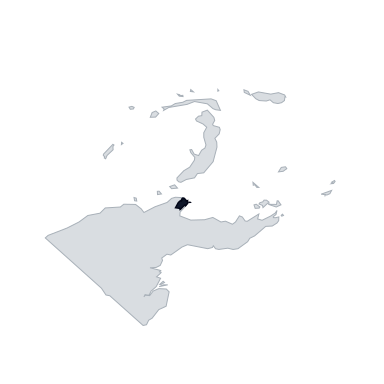 Finschafen District, Morobe, Papua New Guinea shown in context, rotated 312°
{"feature_id": "67681753B17639415447373", "entity_name": "Finschafen District", "entity_type": "district", "adm_level": 2, "iso_a3": "PNG", "parent_name": "Papua New Guinea", "parent_adm1": "Morobe", "projection": "robinson", "projection_center": [147.737, -6.551], "detail": "fine", "context": "in_parent", "style": "filled", "palette": "ink", "viewbox_px": 384, "rotation_deg": 312, "n_neighbors": 0, "source": "geoboundaries", "source_scale": "gbopen_adm2", "svg_char_len": 5417}
<svg xmlns="http://www.w3.org/2000/svg" viewBox="0 0 384 384"><g transform="rotate(312 192 192)"><path d="M60.1,245.0L59.9,200.3L57.9,197.0L59.9,189.1L59.7,113.7L63.5,114.1L81.7,123.3L94.1,128.1L104.8,130.3L114.7,137.8L122.1,138.2L132.9,148.8L137.3,149.5L145.0,158.4L145.5,165.5L144.6,170.0L156.3,174.4L167.6,180.5L173.6,181.1L177.0,183.2L181.2,188.4L182.0,195.4L179.6,196.7L169.1,196.6L166.1,198.9L170.3,209.9L179.8,219.9L187.0,224.5L189.1,233.6L192.7,236.4L195.1,243.6L198.8,244.4L206.0,243.2L207.1,246.2L206.0,250.8L207.1,252.6L220.4,256.4L215.9,258.8L217.9,263.0L226.6,266.5L232.0,267.9L235.2,267.5L231.4,269.5L228.1,268.9L227.4,269.6L228.8,271.3L231.6,273.2L228.7,275.6L225.8,275.9L220.4,274.4L215.8,269.8L201.3,267.9L196.3,265.9L192.3,266.6L180.6,264.1L176.8,261.0L174.2,256.2L167.3,250.4L165.6,247.5L166.3,243.8L164.4,244.3L160.4,241.6L149.8,223.9L144.4,221.4L131.0,218.4L129.0,215.0L122.7,213.7L121.4,215.9L116.2,217.5L111.9,215.8L107.6,211.5L112.7,221.3L110.9,221.2L111.7,222.8L110.8,223.0L105.2,222.4L106.9,226.4L97.7,228.7L90.8,227.9L87.5,228.9L86.2,228.8L84.4,225.8L81.9,226.4L84.0,226.4L86.7,229.9L92.4,229.4L98.0,232.0L102.7,237.8L102.5,241.8L89.8,249.2L82.4,246.0L71.6,246.8L67.7,245.6L62.9,247.0L60.1,245.0ZM252.7,146.1L255.3,148.2L258.0,146.0L263.1,148.6L262.1,158.3L260.4,161.0L256.1,162.0L255.6,163.4L258.4,169.1L257.2,171.2L253.4,173.3L247.2,173.1L245.6,177.0L242.1,180.5L228.7,187.4L214.1,187.9L209.3,183.7L204.2,184.4L197.5,179.4L191.8,177.3L190.7,175.4L190.8,172.9L192.4,171.4L202.5,171.7L208.9,173.7L217.3,172.5L219.6,170.9L220.5,164.7L221.9,162.2L223.3,163.3L221.6,168.2L223.5,172.5L229.5,171.2L233.3,172.2L236.3,170.9L240.5,164.2L243.9,161.1L250.0,159.6L249.9,154.6L247.8,147.8L248.6,145.8L252.7,146.1ZM326.1,195.9L325.3,198.1L324.9,197.4L321.8,199.5L318.3,198.8L315.2,196.6L312.8,192.7L312.7,188.3L309.3,186.3L304.9,180.7L304.0,177.0L304.4,170.9L310.8,174.4L317.4,185.0L323.7,189.8L326.1,195.9ZM276.0,148.9L271.7,158.5L269.0,154.6L268.0,151.8L267.8,144.4L260.9,133.3L253.8,129.7L239.3,118.2L233.6,116.3L235.0,115.8L235.0,113.0L242.1,119.0L246.6,120.4L252.5,125.1L256.5,126.7L274.0,143.9L276.0,148.9ZM160.8,100.9L174.5,101.3L174.7,102.6L172.9,102.8L170.6,105.1L162.4,104.4L158.9,105.6L158.6,104.0L159.9,103.5L159.7,101.8L160.8,100.9ZM229.5,249.6L232.0,251.2L234.2,251.0L235.8,252.9L236.0,256.0L235.1,256.7L234.5,255.8L227.9,255.2L229.2,253.4L227.9,249.8L229.5,249.6ZM228.1,114.8L223.3,114.8L219.6,111.0L224.4,109.2L228.0,110.9L228.1,114.8ZM239.3,263.1L242.4,261.2L243.1,261.9L242.0,266.7L237.2,264.6L233.9,256.9L239.3,263.1ZM264.8,242.8L270.0,241.9L272.6,244.0L273.3,244.7L272.8,246.8L268.4,245.9L264.8,242.8ZM276.8,289.4L286.6,294.7L283.0,295.6L279.9,294.2L279.5,292.9L278.3,293.3L278.9,292.4L276.8,289.4ZM185.2,178.6L180.8,174.6L181.1,171.8L185.7,174.3L185.2,178.6ZM226.3,252.5L225.0,252.7L222.1,249.9L223.9,246.7L225.9,247.9L226.3,252.5ZM302.9,170.6L301.0,164.2L302.7,162.2L304.3,166.3L302.9,170.6ZM170.1,170.6L167.0,168.1L169.3,165.8L170.6,167.0L170.1,170.6ZM216.2,92.4L214.5,92.9L212.2,90.8L212.9,88.4L215.4,90.0L216.2,92.4ZM150.1,154.7L148.3,157.0L147.1,155.2L149.1,152.6L150.1,154.7ZM240.0,230.8L240.1,238.6L238.8,237.1L239.4,233.9L238.0,233.0L240.0,230.8ZM103.9,232.9L106.8,236.1L99.7,230.9L103.9,232.9ZM106.4,232.1L102.5,230.8L101.7,229.8L106.3,230.3L106.4,232.1ZM295.9,290.2L295.6,291.3L293.0,291.5L291.3,289.9L293.0,290.3L292.7,289.2L295.9,290.2ZM267.3,122.5L267.4,126.1L265.6,123.5L267.3,122.5ZM257.7,120.5L256.9,121.5L255.1,119.0L255.5,118.5L257.7,120.5ZM236.1,274.1L235.8,275.7L234.1,274.9L234.3,273.9L236.1,274.1ZM256.1,117.8L254.7,118.2L255.0,115.7L256.1,117.8ZM181.8,106.4L182.0,108.2L180.0,107.8L181.8,106.4ZM285.5,142.6L285.2,144.2L284.2,143.7L285.5,142.6Z" fill="#d9dde1" stroke="#a8b0b8" stroke-width="1"/><path d="M181.3,189.2L181.2,189.2L181.1,189.3L181.1,189.2L180.9,189.2L180.7,189.2L180.4,189.2L180.2,189.1L179.9,189.1L179.7,189.1L179.6,189.3L179.5,189.5L179.3,189.6L179.2,189.5L178.9,189.6L178.9,189.8L178.7,189.7L178.6,189.8L178.5,189.7L178.4,189.7L178.2,189.6L178.1,189.8L178.0,189.7L177.9,189.7L177.7,189.3L177.2,189.1L175.1,188.9L174.6,189.0L169.3,190.3L171.5,193.6L171.4,193.7L171.4,193.8L171.3,194.0L171.3,194.3L171.4,194.5L171.5,194.6L171.4,194.7L171.5,194.7L171.5,194.8L171.5,195.0L177.2,195.2L177.3,196.4L177.5,196.4L177.8,196.4L178.0,196.3L178.3,196.3L178.5,196.4L178.7,196.2L178.8,196.1L179.0,196.2L179.1,196.3L179.3,196.3L179.5,196.3L179.9,196.3L180.0,196.3L180.3,196.4L180.4,196.2L180.5,196.2L180.8,196.1L181.0,196.1L181.3,196.0L181.4,195.9L181.5,195.9L181.6,195.7L181.8,195.4L182.0,195.3L182.1,195.2L182.2,194.9L182.3,194.8L182.2,194.8L182.2,194.7L182.3,194.5L182.2,194.4L182.2,194.2L181.9,194.0L181.7,194.1L181.5,193.9L181.8,193.7L182.0,193.7L182.0,193.4L182.0,193.2L182.0,193.3L182.0,193.5L181.9,193.5L181.9,193.3L181.9,193.2L181.7,192.9L181.7,192.7L181.7,192.4L181.8,192.4L181.9,192.2L182.0,192.0L182.0,191.9L181.9,191.9L181.9,191.7L182.0,191.5L182.0,191.4L182.1,191.1L182.1,190.9L182.1,190.7L181.9,190.4L182.0,190.3L182.0,190.2L181.9,190.2L181.8,189.9L181.7,189.8L181.7,189.7L181.4,189.5L181.4,189.3L181.3,189.2ZM182.4,194.9L182.3,195.0L182.4,194.9ZM183.0,197.3L182.9,197.3L183.0,197.4L183.0,197.3ZM183.1,197.5L183.1,197.4L183.1,197.5L183.1,197.5ZM182.3,195.3L182.2,195.3L182.3,195.3L182.3,195.3ZM183.3,197.4L183.2,197.3L183.3,197.4L183.3,197.4ZM180.7,196.2L180.7,196.3L180.7,196.2Z" fill="#0f172a" stroke="#020617" stroke-width="1.5"/></g></svg>